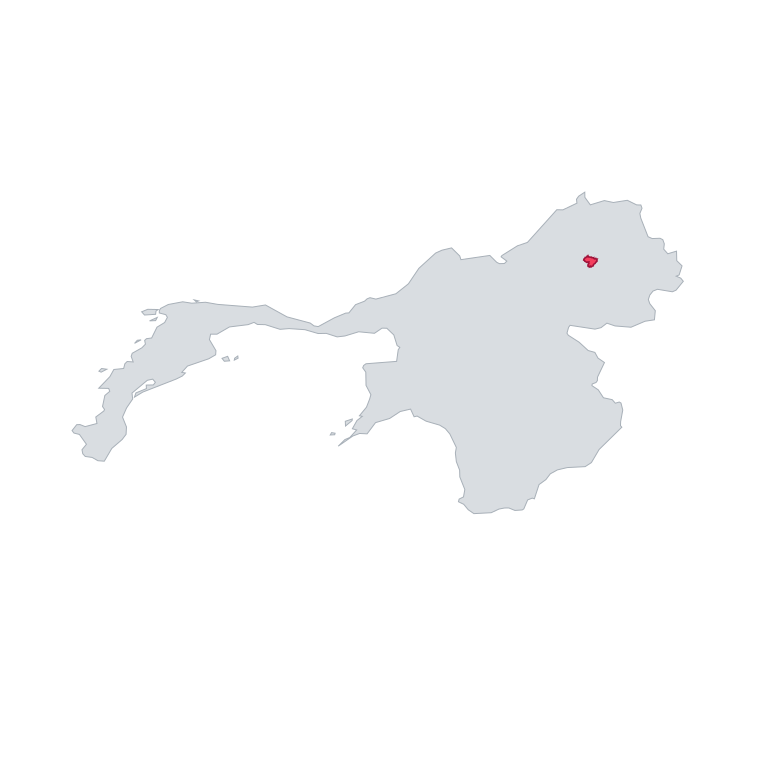 Hang Chat, Lampang, Thailand shown in context, rotated 79°
{"feature_id": "78962969B1257188222382", "entity_name": "Hang Chat", "entity_type": "district", "adm_level": 2, "iso_a3": "THA", "parent_name": "Thailand", "parent_adm1": "Lampang", "projection": "natural_earth1", "projection_center": [99.296, 18.345], "detail": "fine", "context": "in_parent", "style": "filled", "palette": "rose", "viewbox_px": 768, "rotation_deg": 79, "n_neighbors": 0, "source": "geoboundaries", "source_scale": "gbopen_adm2", "svg_char_len": 6293}
<svg xmlns="http://www.w3.org/2000/svg" viewBox="0 0 768 768"><g transform="rotate(79 384 384)"><path d="M333.3,73.5L333.9,76.6L336.7,72.5L340.3,70.6L347.6,79.4L348.5,83.3L343.2,97.5L344.1,102.2L347.4,106.1L351.5,108.4L355.8,107.8L363.8,103.7L372.6,106.3L372.2,115.8L375.4,130.7L371.1,146.1L366.8,153.6L370.1,160.2L370.4,166.4L361.9,190.2L363.6,192.0L369.0,194.7L371.3,193.8L380.2,184.5L390.1,177.2L393.2,171.0L399.4,169.0L405.0,163.5L418.0,173.1L421.4,173.9L423.0,175.6L423.7,179.6L425.3,180.2L430.6,174.8L439.4,171.2L442.9,163.0L447.0,160.6L446.6,156.5L447.9,155.0L455.1,154.6L466.1,158.9L470.0,159.8L471.8,158.8L489.3,185.3L500.7,195.4L503.5,202.3L501.0,220.1L501.4,230.2L503.9,237.9L508.7,243.3L512.3,251.0L525.4,258.3L524.3,260.3L525.2,265.1L533.3,270.6L534.0,272.4L533.1,279.6L529.5,285.1L528.7,289.5L528.7,295.0L530.8,303.3L528.4,320.5L523.5,325.3L517.3,328.7L513.8,333.4L511.3,332.2L510.0,327.5L503.0,324.8L489.7,327.3L483.0,326.2L474.0,327.8L465.3,327.1L460.1,325.1L445.6,328.9L439.5,332.3L435.0,337.2L428.5,349.8L421.8,357.6L421.9,360.7L413.7,362.7L414.1,373.4L418.9,385.0L420.3,399.7L429.7,410.1L427.9,417.4L429.1,424.5L436.3,440.8L431.1,433.0L430.0,427.8L423.9,419.6L421.9,423.6L414.7,417.5L411.6,411.5L410.5,414.2L403.4,405.6L396.1,401.0L392.0,398.9L381.9,401.9L368.9,399.6L364.0,401.8L361.9,400.4L360.7,397.8L364.2,367.3L353.1,363.5L351.1,361.5L348.7,363.8L337.7,365.0L329.8,370.6L328.8,375.3L332.4,383.7L327.9,398.9L329.4,413.2L328.8,421.0L323.3,431.0L321.9,439.0L315.6,451.2L311.5,466.6L310.5,475.6L303.1,489.2L301.4,496.9L298.7,499.8L299.8,506.0L298.5,524.8L303.2,538.4L302.0,544.7L307.1,546.9L319.2,542.6L323.2,543.7L325.8,551.2L328.9,573.5L334.0,580.3L335.3,576.9L337.7,580.5L339.5,587.1L345.9,622.3L349.3,631.5L345.4,629.2L343.2,618.1L339.7,617.6L340.9,610.6L338.7,608.1L335.1,610.1L335.2,615.6L344.8,633.1L350.8,633.6L358.4,641.3L366.6,647.0L377.0,645.0L384.2,646.8L388.5,651.6L395.3,663.5L406.4,673.3L404.7,679.5L400.4,684.5L398.1,691.1L395.0,693.0L390.9,693.0L386.4,687.6L375.4,692.6L373.0,697.7L370.2,699.1L365.3,693.4L365.8,690.2L368.8,685.5L368.0,673.3L361.4,673.2L357.0,664.1L355.6,663.2L352.4,664.6L342.0,660.2L338.9,654.6L335.8,655.1L333.7,664.8L324.5,651.7L318.2,646.4L319.1,636.6L314.7,634.5L312.9,631.8L314.5,626.0L308.6,626.9L305.8,625.3L302.3,614.8L299.4,610.6L295.5,610.6L294.2,608.5L294.5,603.3L284.9,596.0L281.8,587.6L277.2,583.9L274.3,585.0L271.4,591.0L269.2,590.6L267.2,588.9L264.8,580.6L264.9,565.9L268.0,557.3L269.7,543.6L274.1,532.1L283.4,498.5L283.8,485.3L299.6,466.4L310.1,444.8L313.6,441.6L315.1,437.6L309.6,420.2L307.1,408.1L307.5,404.9L300.7,396.8L299.0,387.3L297.2,384.4L296.6,381.3L299.1,375.8L297.7,355.1L290.3,340.9L277.1,327.7L265.3,308.3L263.7,301.5L263.3,291.7L272.8,285.2L276.6,284.8L278.0,255.6L286.1,250.1L287.9,247.7L288.7,242.8L286.8,240.0L281.5,244.8L280.4,243.7L273.8,226.6L272.4,216.2L245.9,181.1L247.2,175.2L243.3,160.1L239.4,159.8L236.8,157.1L234.0,150.3L239.1,151.2L247.5,147.3L246.0,132.7L249.6,124.2L250.1,110.1L256.4,101.8L257.3,97.7L260.7,97.2L265.4,100.3L270.1,100.3L289.8,96.7L292.4,93.0L293.6,85.3L295.5,82.8L299.9,82.1L305.0,83.7L310.3,80.6L309.4,71.5L318.8,73.1L324.9,68.9L333.3,73.5ZM272.0,594.9L270.6,605.9L266.9,608.1L265.6,601.7L267.8,591.5L268.9,593.9L272.0,594.9ZM331.8,531.1L331.2,536.4L327.9,538.1L327.0,532.2L331.8,531.1ZM413.8,422.3L417.9,429.8L413.2,429.1L412.3,421.8L413.8,422.3ZM317.0,661.4L314.9,658.3L316.6,653.3L318.4,659.4L317.0,661.4ZM278.2,596.1L277.3,602.1L275.4,593.9L278.2,596.1ZM332.0,526.4L330.2,525.7L328.6,522.2L330.8,522.3L332.0,526.4ZM294.3,614.0L296.5,621.1L294.0,617.8L294.3,614.0ZM424.4,442.1L423.8,446.5L421.7,444.7L423.0,441.4L424.4,442.1ZM267.5,552.6L265.2,554.3L267.1,550.1L267.5,552.6Z" fill="#d9dde1" stroke="#a8b0b8" stroke-width="1"/><path d="M303.7,151.5L303.4,151.5L303.2,151.5L303.1,151.4L303.1,151.2L302.9,151.1L302.6,151.3L302.4,151.3L302.2,151.3L302.1,151.2L302.1,151.3L302.0,151.5L301.8,151.6L301.8,151.8L301.6,151.9L301.5,152.0L301.5,152.3L301.4,152.3L301.5,152.4L301.5,152.5L301.4,152.5L301.4,152.8L301.3,153.0L301.4,153.3L301.2,153.4L301.2,153.5L301.0,153.8L300.9,153.9L300.9,154.0L300.7,154.1L300.4,154.2L300.4,154.3L300.2,154.3L300.1,154.5L300.0,154.4L300.0,154.5L299.9,154.7L299.9,154.8L299.9,155.0L299.7,155.2L299.7,155.3L299.7,155.5L299.7,155.9L299.5,156.0L299.4,156.1L299.1,156.3L299.0,156.5L298.9,156.5L298.9,156.4L298.8,156.5L298.9,156.8L299.0,157.0L298.9,157.1L298.9,157.3L298.9,157.5L298.8,157.8L298.7,157.9L298.6,158.1L298.5,158.3L298.3,158.4L298.3,158.6L298.3,158.9L298.3,159.0L298.2,159.0L297.9,159.1L297.7,159.1L297.4,159.1L297.2,159.2L297.3,159.3L297.3,159.5L297.2,159.5L297.3,159.6L297.2,159.6L297.2,159.8L297.2,160.0L297.3,160.0L297.5,160.2L297.6,160.3L297.6,160.5L297.8,160.6L298.0,161.0L298.0,161.3L298.2,161.5L298.3,161.6L298.5,161.8L298.5,162.0L298.4,162.2L298.5,162.2L298.5,162.3L298.6,162.5L298.8,162.8L298.7,162.8L298.8,163.0L299.0,163.1L299.2,163.3L299.3,163.5L299.4,163.8L299.6,163.8L299.7,164.0L299.9,164.1L300.1,164.1L300.3,164.3L300.5,164.4L300.7,164.2L300.9,163.9L301.0,163.6L301.3,163.5L301.6,163.5L301.6,163.4L301.8,163.4L302.0,163.2L302.4,162.7L302.5,162.6L302.6,162.4L302.8,162.3L302.9,162.2L303.1,162.1L303.1,161.9L303.3,161.8L303.4,161.6L303.5,161.4L303.4,161.2L303.3,160.9L303.3,160.7L303.1,160.6L303.2,160.4L303.2,160.0L303.2,159.9L303.3,160.0L303.5,160.0L303.6,159.9L303.8,159.9L304.0,159.9L304.3,159.8L304.5,159.7L304.6,159.8L304.8,160.0L305.0,160.2L305.3,160.3L305.4,160.7L305.5,160.8L305.8,161.0L306.0,161.0L306.3,161.0L306.7,161.1L306.8,161.3L307.0,161.3L307.1,161.2L307.3,161.2L307.5,161.2L307.6,160.9L307.5,160.7L307.7,160.1L307.8,160.1L307.7,160.0L307.8,159.8L307.8,159.6L308.1,159.3L307.6,159.0L307.6,158.9L307.8,158.8L307.9,158.6L308.0,158.6L308.3,158.9L308.5,159.0L308.5,158.9L308.5,158.7L308.6,158.4L308.6,158.2L308.4,158.2L308.2,158.1L308.1,157.9L308.2,157.7L308.1,157.4L308.1,157.2L308.0,156.7L308.1,156.4L308.0,156.2L307.9,156.1L307.8,155.9L307.7,155.9L307.4,155.9L307.1,155.8L306.9,155.7L306.7,155.6L306.6,155.4L306.5,155.2L306.4,155.1L306.3,154.8L306.2,154.7L306.2,154.4L306.1,154.2L305.9,153.7L305.7,153.6L305.4,153.4L305.2,153.2L305.0,152.9L304.8,152.7L304.7,152.6L304.8,152.5L304.7,152.2L304.4,151.9L304.3,151.7L304.2,151.5L303.9,151.5L303.7,151.5Z" fill="#f43f5e" stroke="#9f1239" stroke-width="1.5"/></g></svg>